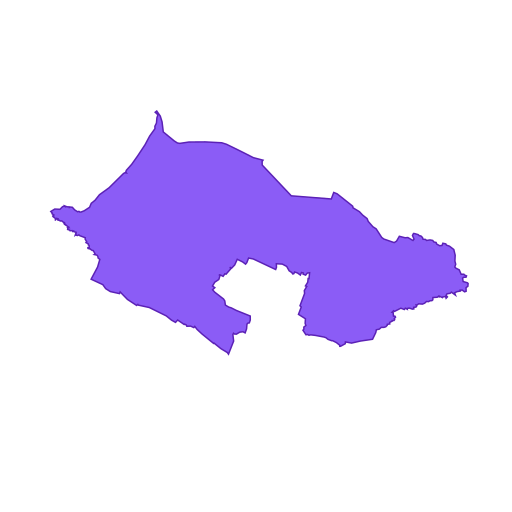 the district of Drogheda Rural Lea-4, Louth, Ireland, rotated 208°
{"feature_id": "5873133B41163047838310", "entity_name": "Drogheda Rural Lea-4", "entity_type": "district", "adm_level": 2, "iso_a3": "IRL", "parent_name": "Ireland", "parent_adm1": "Louth", "projection": "equal_earth", "projection_center": [-6.354, 53.766], "detail": "fine", "context": "isolated", "style": "filled", "palette": "violet", "viewbox_px": 512, "rotation_deg": 208, "n_neighbors": 0, "source": "geoboundaries", "source_scale": "gbopen_adm2", "svg_char_len": 4592}
<svg xmlns="http://www.w3.org/2000/svg" viewBox="0 0 512 512"><g transform="rotate(208 256 256)"><path d="M105.1,262.5L105.4,263.0L103.9,263.8L103.7,264.9L104.5,265.5L104.1,267.5L105.1,268.1L106.4,267.5L108.4,270.5L109.5,270.2L108.8,272.3L107.7,272.1L103.6,277.9L99.9,278.4L99.7,280.0L97.5,280.0L98.0,280.6L96.2,282.0L93.0,282.5L91.8,283.4L92.7,284.7L90.8,286.0L90.6,287.0L91.6,288.0L90.8,288.2L90.0,290.1L86.4,291.7L84.9,293.6L84.1,295.9L82.2,296.7L81.5,298.0L79.7,299.2L79.3,300.3L80.3,302.4L76.6,304.7L76.1,305.8L75.2,305.9L75.5,306.6L71.8,306.8L71.8,307.6L69.6,309.2L68.3,307.9L67.8,309.8L69.7,310.5L69.6,312.3L67.1,314.2L66.5,315.8L61.6,315.1L63.4,316.7L61.8,318.9L59.1,321.0L59.7,321.7L57.9,322.7L55.0,322.3L53.9,323.5L55.7,326.7L54.7,328.7L55.8,331.3L56.8,331.6L61.1,330.7L63.2,333.4L62.6,334.7L60.6,335.9L60.8,337.3L62.9,337.1L63.9,337.5L66.3,336.2L70.1,339.2L73.8,339.1L75.3,339.6L75.8,342.5L78.0,344.9L80.5,350.2L84.4,354.6L89.8,355.5L93.0,355.0L94.1,355.8L97.0,355.0L96.7,352.6L98.7,351.3L102.2,351.4L103.3,352.5L105.5,351.9L107.3,352.7L109.9,351.9L112.7,349.8L114.1,350.2L116.4,349.2L117.7,350.5L119.8,351.1L121.4,350.6L122.9,351.0L126.7,350.2L127.5,349.8L127.5,347.6L124.4,345.1L124.7,343.4L130.6,343.6L132.9,342.1L138.7,340.7L138.9,335.1L140.3,332.7L151.1,331.0L153.7,331.4L162.7,336.4L166.5,336.7L173.1,339.2L175.5,341.2L181.1,342.2L185.5,343.7L193.0,344.1L193.9,345.3L195.1,345.6L213.6,349.0L217.2,348.6L216.3,341.7L253.1,325.7L293.2,339.2L295.0,342.4L294.8,343.9L304.5,341.6L315.6,341.4L334.5,340.8L339.4,339.9L354.4,332.9L368.8,325.1L376.1,319.7L378.4,318.9L382.2,319.2L396.1,322.0L401.9,330.3L406.2,334.6L411.7,337.4L412.5,335.6L408.9,334.6L408.4,331.6L406.3,326.6L406.2,323.1L405.0,321.0L406.2,312.0L406.2,302.2L407.5,288.7L408.8,278.6L410.7,270.8L410.4,268.9L409.5,268.5L410.8,268.0L411.7,266.7L417.8,247.2L423.0,236.6L424.3,229.6L426.2,225.2L425.8,220.9L428.9,215.3L431.2,212.6L432.2,212.1L433.3,212.3L434.3,211.3L437.8,211.6L441.0,212.8L443.3,211.9L443.6,211.3L443.9,211.7L446.0,210.7L448.6,210.4L448.2,210.0L448.9,210.0L450.0,208.6L451.0,205.2L455.7,203.0L458.1,199.0L455.7,198.1L456.5,198.1L455.9,197.8L456.4,197.6L453.7,197.3L454.1,196.3L453.5,196.2L454.2,196.0L453.5,195.9L453.7,195.5L450.5,194.9L449.9,193.0L450.1,194.9L449.3,195.3L450.3,195.5L447.5,196.1L449.0,195.2L447.6,194.7L446.6,195.2L445.3,195.0L444.0,195.8L441.6,195.3L440.8,195.6L440.2,194.9L439.6,195.1L440.2,194.6L438.6,194.2L438.9,194.0L435.1,193.6L435.6,192.8L434.9,192.8L435.4,192.4L434.8,191.3L435.4,190.9L432.8,191.4L432.1,191.0L430.2,192.1L429.3,191.6L428.7,192.5L428.1,192.0L425.9,192.5L425.4,189.7L425.0,190.6L424.6,189.9L423.2,190.3L422.3,191.5L421.1,191.2L415.3,192.0L414.8,190.7L412.2,189.1L412.4,188.0L409.9,188.0L409.3,187.1L408.3,187.0L407.2,185.1L408.9,184.2L407.5,184.3L408.3,183.7L405.7,184.3L403.3,184.0L402.2,184.4L398.9,182.2L399.4,181.4L396.8,182.1L395.5,181.5L394.5,180.1L392.3,179.7L390.7,171.9L390.7,158.1L377.8,158.8L373.4,156.6L367.9,156.2L358.9,158.7L359.1,160.5L349.1,157.3L338.2,156.3L337.6,157.8L336.8,157.4L326.1,160.4L307.1,161.0L300.5,159.7L295.9,159.6L295.1,162.7L287.3,161.8L287.1,162.3L285.3,162.4L284.1,161.5L280.8,163.4L277.3,163.6L277.0,165.1L273.5,163.5L267.1,161.8L252.4,158.9L252.2,159.4L243.4,157.7L236.0,157.3L234.2,156.4L235.8,170.4L239.5,175.7L239.6,177.2L238.4,177.0L236.6,177.8L234.6,181.1L231.9,183.0L229.5,183.0L230.1,187.2L232.0,191.6L231.6,193.0L230.5,193.8L231.0,196.8L232.9,200.3L247.8,198.7L253.5,198.6L256.1,198.1L260.0,198.3L262.5,201.7L264.5,202.8L275.5,204.7L278.5,205.8L277.5,208.7L280.3,209.1L280.1,213.5L277.8,217.8L278.6,222.0L280.0,222.0L278.7,222.5L275.5,222.6L275.1,225.7L273.9,225.9L272.2,233.1L273.9,233.7L271.8,233.9L270.6,238.1L271.0,244.3L265.1,244.5L261.4,243.9L261.0,245.9L261.6,250.7L257.0,252.1L232.3,253.3L232.6,255.6L234.4,258.7L229.0,261.2L224.0,261.2L219.8,258.5L216.8,258.2L215.0,257.4L214.3,258.2L214.4,260.0L211.4,260.5L207.9,260.0L208.1,262.8L206.3,263.2L205.9,262.1L203.2,262.4L202.7,265.0L200.8,266.4L198.6,260.9L199.4,260.6L198.0,257.1L198.3,252.8L196.9,252.9L197.1,248.1L195.5,245.7L193.8,232.7L192.1,232.2L191.1,224.4L182.9,223.8L181.0,219.6L179.3,218.0L180.4,215.7L179.4,213.9L179.7,212.5L174.9,209.9L173.7,210.9L172.1,210.9L170.6,212.1L166.2,213.8L157.8,216.4L155.7,216.7L153.4,216.2L149.5,216.7L148.6,217.2L144.4,217.3L140.1,216.5L139.6,215.6L139.0,215.9L136.0,220.5L136.7,222.1L130.7,224.0L123.9,229.9L114.0,237.2L114.3,244.6L115.1,247.4L112.8,249.3L111.9,251.8L109.6,253.0L108.2,254.4L107.6,256.5L108.0,257.3L106.0,258.8L106.8,260.1L105.1,262.5Z" fill="#8b5cf6" stroke="#5b21b6" stroke-width="1.5"/></g></svg>